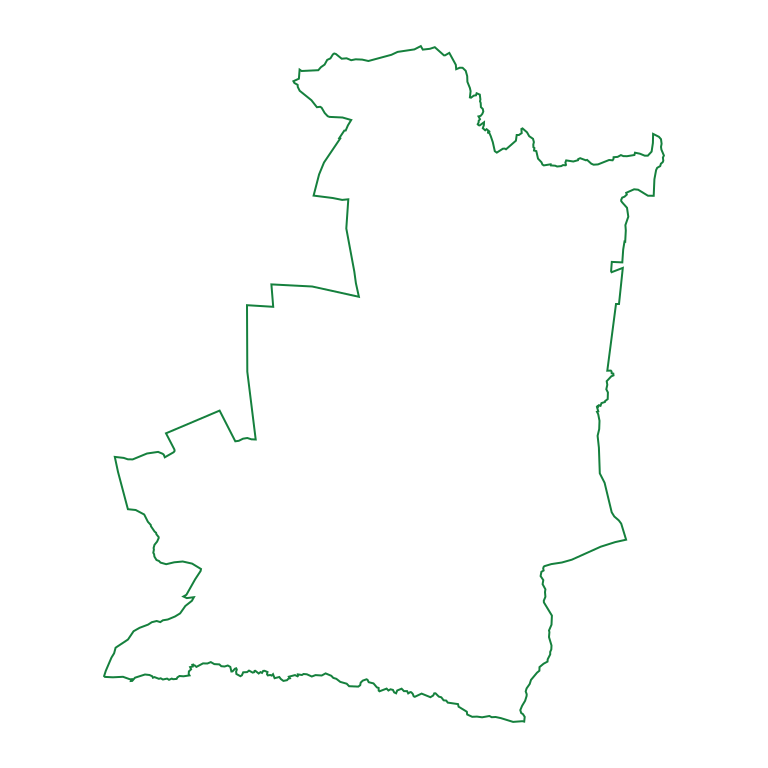 Baltesti, Prahova, Romania
{"feature_id": "2599482B69098006337159", "entity_name": "Baltesti", "entity_type": "district", "adm_level": 2, "iso_a3": "ROU", "parent_name": "Romania", "parent_adm1": "Prahova", "projection": "natural_earth1", "projection_center": [26.112, 45.09], "detail": "fine", "context": "isolated", "style": "outline", "palette": "green", "viewbox_px": 768, "rotation_deg": 0, "n_neighbors": 0, "source": "geoboundaries", "source_scale": "gbopen_adm2", "svg_char_len": 6079}
<svg xmlns="http://www.w3.org/2000/svg" viewBox="0 0 768 768"><path d="M626.1,539.7L621.2,523.6L618.8,520.4L614.3,516.5L611.7,512.3L604.6,482.8L599.8,473.4L598.9,447.7L597.6,435.8L599.2,429.1L599.5,420.8L598.2,414.2L597.0,411.8L598.3,411.4L596.9,406.8L597.5,406.1L598.2,406.7L599.0,405.2L600.5,405.8L601.5,403.1L604.9,402.0L605.1,401.1L607.7,399.1L607.9,392.4L606.3,389.3L607.3,384.8L606.7,381.2L611.3,376.3L613.5,375.4L613.3,373.6L611.7,373.3L611.5,371.4L610.8,370.6L607.3,370.7L616.0,304.0L619.0,304.0L622.8,267.9L611.6,272.2L611.1,271.2L611.8,261.9L622.3,262.4L623.2,249.5L624.5,241.5L625.2,241.7L625.8,230.5L625.4,225.1L628.3,216.7L627.0,207.8L622.1,202.3L621.2,201.0L621.2,199.8L622.2,197.6L624.5,196.7L626.8,194.6L626.2,192.8L634.1,189.3L638.1,189.7L647.9,195.7L653.7,195.8L654.4,179.3L656.1,170.1L657.2,167.8L660.2,166.1L660.9,163.7L662.7,162.2L663.3,160.7L662.9,157.6L663.9,155.5L661.4,149.6L661.0,146.9L661.6,143.8L661.0,139.2L658.9,136.8L653.1,133.9L652.9,143.0L651.6,151.6L647.8,155.7L644.8,155.7L639.9,153.7L635.0,152.7L634.4,155.0L627.0,156.2L623.3,156.1L620.9,155.1L617.6,156.9L613.6,157.2L613.5,158.9L612.6,160.3L609.1,160.0L598.0,164.4L593.6,164.7L591.3,163.7L587.1,159.9L585.9,160.3L580.2,158.2L578.2,159.1L578.0,160.2L573.3,161.5L566.2,160.4L565.4,162.5L566.0,164.9L565.6,165.3L563.0,165.1L561.2,166.1L557.1,166.5L555.2,165.7L550.9,165.4L550.7,164.3L543.8,165.4L542.4,164.5L541.5,162.3L538.0,158.6L536.3,151.1L534.0,150.5L534.4,148.0L533.4,147.2L533.3,144.5L533.9,142.1L533.0,138.8L529.2,136.2L527.0,132.3L522.5,128.4L521.4,129.0L521.7,133.1L518.9,135.0L516.7,135.0L515.9,140.7L506.0,149.3L504.8,148.6L502.9,148.7L496.8,152.6L494.8,151.2L492.8,142.2L490.8,136.3L489.4,133.1L488.0,132.7L488.1,131.8L489.2,132.2L489.4,131.5L486.6,129.2L485.2,130.3L482.8,128.2L483.9,125.0L484.0,122.3L479.7,125.4L478.6,125.2L477.7,124.2L478.6,122.6L478.7,120.8L480.0,119.2L478.5,116.4L480.6,115.9L482.3,113.9L483.3,111.5L482.8,109.0L480.9,107.1L480.7,103.0L480.0,101.2L480.4,99.5L479.8,94.6L476.6,93.3L476.0,95.3L473.8,95.6L471.0,97.7L469.9,97.4L470.6,91.2L469.9,88.0L467.4,81.8L467.2,76.1L465.7,70.8L462.6,67.8L459.8,67.7L456.2,69.2L455.8,64.8L449.3,52.9L445.1,55.3L443.9,55.3L434.8,47.2L429.9,48.8L422.8,49.6L420.8,46.1L414.4,49.4L397.6,51.9L391.4,54.8L368.4,61.0L362.2,59.6L355.6,59.3L351.2,60.2L346.6,58.3L341.7,58.7L335.9,54.0L334.2,53.5L332.9,54.4L330.4,58.4L327.2,59.9L324.6,64.6L320.9,67.2L318.3,70.2L301.6,71.0L299.6,69.6L298.9,78.7L293.4,81.2L294.4,83.0L297.6,84.8L297.8,87.0L299.7,90.8L311.4,100.2L316.9,107.2L320.2,106.8L321.6,107.7L324.7,113.0L327.7,116.2L329.5,116.9L342.5,117.5L351.2,120.0L347.9,125.4L345.7,130.5L344.3,130.6L339.2,138.2L340.2,138.5L324.0,162.5L319.1,174.4L313.6,195.6L332.7,198.0L342.2,199.9L348.3,199.3L346.3,228.5L354.3,271.5L355.9,283.2L358.9,296.8L312.2,286.5L271.4,284.4L273.2,306.8L247.0,305.2L247.3,371.7L255.7,439.5L251.4,439.3L247.3,438.0L243.0,438.7L238.8,440.8L235.3,441.3L219.6,410.6L166.0,433.3L174.4,449.5L174.6,450.9L173.7,452.2L164.8,457.3L163.7,454.6L162.5,453.7L158.1,451.9L147.0,453.5L132.7,459.4L127.8,459.3L123.7,457.9L114.8,456.9L118.0,471.9L127.9,509.2L135.7,510.0L144.2,514.5L147.9,521.8L150.8,525.0L150.9,526.2L154.6,531.6L156.1,532.8L156.4,534.3L158.6,537.0L158.7,538.0L157.1,541.6L154.5,544.8L153.6,548.0L153.9,549.6L153.3,552.8L154.1,554.2L154.4,556.6L156.5,560.0L159.0,561.0L160.5,562.6L166.2,564.2L174.2,562.3L182.7,561.5L192.1,563.6L201.0,569.0L200.6,571.0L195.2,579.2L186.4,594.8L183.4,596.5L186.8,598.1L193.9,597.2L191.9,600.8L185.4,605.9L180.1,613.4L175.0,616.5L167.8,619.5L162.9,620.3L160.3,622.1L156.7,621.0L151.8,622.2L148.1,624.6L139.6,627.8L133.6,631.2L128.0,639.5L115.6,647.7L114.1,653.3L111.5,657.5L105.8,670.8L104.1,676.1L104.9,676.9L112.8,677.3L123.0,676.8L130.0,679.3L131.6,679.2L130.9,681.0L132.2,680.9L135.0,677.7L145.0,674.5L149.5,675.0L152.3,676.3L152.9,677.7L154.5,677.1L158.9,678.8L160.7,678.3L162.9,679.5L167.1,678.6L169.0,679.8L171.8,678.6L173.1,679.2L176.6,678.9L177.4,677.4L179.5,676.0L183.5,676.3L189.5,675.4L188.7,674.0L188.9,671.4L191.1,669.3L190.1,667.1L192.7,666.5L192.3,664.8L193.3,664.6L193.6,665.4L194.7,665.4L196.4,666.9L203.0,663.4L207.4,663.5L210.8,662.1L214.3,664.1L219.4,664.4L221.3,666.2L224.6,666.5L227.8,665.5L230.3,666.9L231.4,671.5L232.5,671.4L235.0,668.7L236.2,668.3L236.8,669.6L236.1,671.7L236.4,674.0L240.4,676.2L241.9,675.3L243.2,672.3L247.1,672.1L249.0,670.6L252.7,672.6L254.1,672.2L254.6,670.9L255.3,670.8L258.7,673.5L260.5,672.1L262.0,672.9L263.2,670.9L264.5,670.8L267.5,672.0L267.0,674.2L267.8,675.4L270.2,675.0L271.7,675.6L273.0,674.2L274.6,678.2L279.3,677.0L280.8,679.0L283.4,680.9L287.0,680.2L288.5,678.6L289.9,678.3L288.9,676.7L295.0,675.1L297.6,676.3L298.1,675.7L297.9,674.4L301.9,675.0L303.6,674.0L306.9,674.3L311.8,676.5L315.5,675.1L321.7,675.5L325.6,673.4L331.3,675.8L333.3,677.9L336.3,678.8L340.3,681.9L346.7,683.7L349.1,686.2L358.3,686.6L360.2,685.2L360.7,682.6L362.8,680.6L366.5,679.3L367.5,679.8L368.7,682.2L373.5,683.4L376.9,687.4L378.6,687.9L378.7,690.6L379.5,691.3L386.6,688.6L388.4,690.5L390.5,689.3L392.9,689.9L394.2,692.4L396.1,693.3L397.2,690.5L401.6,688.7L403.9,691.1L407.1,691.1L408.2,693.4L410.3,692.1L411.3,692.3L412.7,693.8L413.7,696.3L414.8,696.8L421.6,693.6L430.4,697.2L433.2,695.5L434.3,693.3L435.5,693.3L438.8,696.6L441.3,697.3L443.6,700.3L446.3,700.6L447.7,702.6L458.0,704.1L458.6,706.7L466.8,711.7L467.2,714.5L472.2,716.8L477.0,716.6L482.1,717.3L489.4,716.0L491.7,717.2L495.6,717.0L500.8,718.1L513.1,721.9L522.3,721.2L524.2,721.6L524.7,716.9L523.0,714.2L521.2,713.0L520.3,710.1L522.1,705.8L525.1,700.8L526.6,696.0L526.7,694.2L525.7,691.4L526.6,688.4L529.7,684.0L531.0,679.9L537.0,672.7L539.4,670.7L539.5,667.1L543.6,663.7L547.5,661.6L547.7,659.3L550.2,654.4L550.2,651.9L551.3,649.4L551.5,645.5L549.0,637.1L549.4,632.1L549.0,630.5L551.5,624.7L551.9,615.6L543.9,602.4L543.8,600.7L545.4,596.8L545.0,592.2L545.4,589.3L542.6,584.2L543.3,580.1L540.6,576.1L541.4,571.8L543.6,570.5L543.2,568.4L543.6,567.0L544.3,566.2L551.3,564.1L561.9,562.5L571.8,559.7L600.7,546.7L615.2,542.1L626.1,539.7Z" fill="none" stroke="#15803d" stroke-width="2"/></svg>